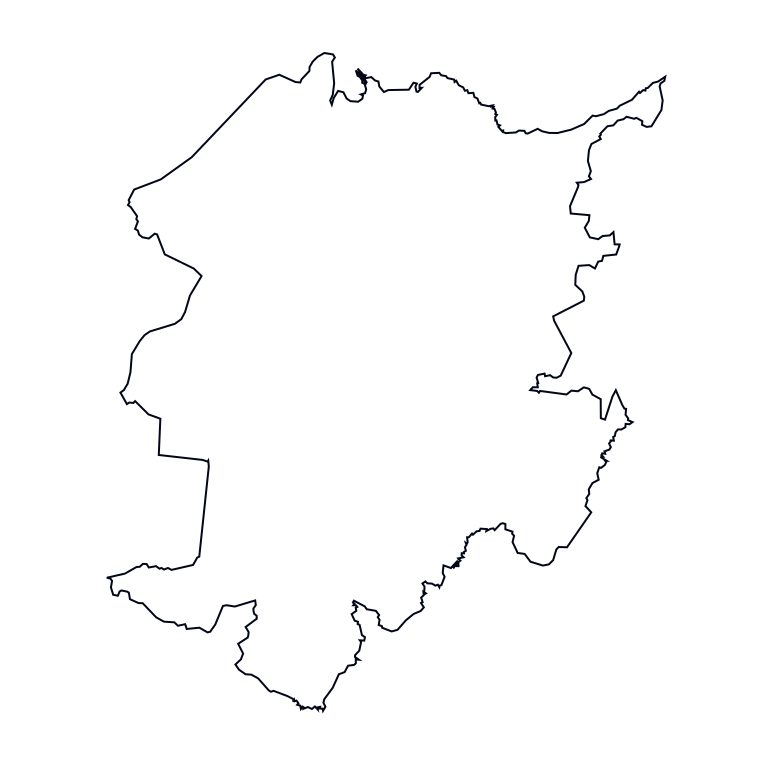 Mahates, Bolívar, Colombia, rotated 2°
{"feature_id": "7082276B15071329852388", "entity_name": "Mahates", "entity_type": "district", "adm_level": 2, "iso_a3": "COL", "parent_name": "Colombia", "parent_adm1": "Bolívar", "projection": "orthographic", "projection_center": [-75.154, 10.168], "detail": "fine", "context": "isolated", "style": "outline", "palette": "ink", "viewbox_px": 768, "rotation_deg": 2, "n_neighbors": 0, "source": "geoboundaries", "source_scale": "gbopen_adm2", "svg_char_len": 6079}
<svg xmlns="http://www.w3.org/2000/svg" viewBox="0 0 768 768"><g transform="rotate(2 384 384)"><path d="M113.7,587.3L117.4,588.0L119.1,590.3L118.2,596.8L120.7,604.1L125.4,604.9L127.0,600.6L128.9,599.5L134.7,600.5L136.3,601.5L137.6,607.9L146.3,611.5L150.5,611.5L164.4,625.1L172.4,629.2L182.8,629.5L186.5,632.8L193.7,631.0L195.4,635.7L208.0,634.0L216.3,638.4L218.9,637.7L223.8,630.2L230.8,611.4L234.5,610.6L242.7,611.6L262.8,604.8L263.6,609.4L261.3,613.0L261.5,615.2L262.2,618.1L264.8,620.0L265.0,623.0L254.2,631.7L257.4,636.7L257.1,640.4L256.6,642.2L247.3,648.7L252.6,658.3L250.6,664.2L245.3,669.5L249.1,674.6L255.8,678.9L261.6,679.1L268.5,682.6L279.7,694.4L281.8,695.5L284.3,694.5L298.2,699.2L304.5,702.1L304.3,704.7L305.3,702.8L305.7,704.2L307.6,703.5L309.6,706.0L308.4,707.6L311.5,708.3L312.3,711.6L313.8,709.2L315.1,710.0L314.8,711.4L319.2,709.5L323.3,711.3L326.2,708.7L329.0,711.5L328.5,709.6L331.4,708.9L330.9,710.6L334.0,710.6L334.5,712.7L336.7,708.6L334.6,704.6L335.2,701.3L343.4,689.3L349.0,675.7L354.7,673.3L357.9,666.8L363.9,665.8L365.6,664.1L365.4,660.2L368.5,660.4L364.5,657.8L364.6,655.9L368.6,651.4L370.1,642.7L368.8,641.0L373.2,641.1L373.8,637.7L370.7,635.7L368.0,625.5L366.1,624.9L366.3,622.5L363.0,621.6L359.7,615.1L364.2,611.7L363.6,608.5L365.1,607.7L363.6,606.1L361.1,606.2L362.2,604.7L360.6,603.4L361.5,601.6L372.5,606.9L374.6,609.7L383.8,611.0L387.2,615.1L385.9,617.2L387.8,619.9L387.1,625.0L390.4,626.1L390.7,627.7L400.3,631.0L406.1,629.2L414.1,619.4L421.6,612.8L428.7,609.5L431.6,605.8L428.6,601.6L430.2,600.7L428.6,596.2L431.1,593.6L430.7,590.9L432.2,592.4L433.2,591.8L431.4,590.7L431.6,585.2L429.4,582.0L432.3,579.9L434.3,581.7L438.9,581.8L442.3,583.7L444.8,582.7L446.4,585.2L446.7,583.5L448.4,583.0L451.3,574.6L449.3,570.9L449.8,563.2L457.4,565.6L458.7,563.9L460.1,565.1L461.2,563.1L459.8,562.6L462.8,559.2L462.6,563.5L464.8,563.4L464.5,559.3L466.5,557.9L464.3,555.7L469.6,554.4L467.5,552.6L467.6,550.4L469.8,550.5L469.6,549.2L471.6,547.9L470.6,544.3L472.0,541.9L471.3,540.0L472.4,540.8L473.1,539.3L472.4,534.3L474.1,534.2L477.2,530.4L478.2,531.5L481.6,528.0L484.6,527.5L485.5,525.2L491.8,525.4L491.4,527.4L495.8,524.9L498.4,524.5L499.7,526.2L505.4,519.7L507.6,519.0L510.2,519.7L510.4,525.0L517.5,527.1L517.3,529.1L519.3,531.1L518.0,537.5L523.5,548.2L530.5,548.9L536.6,556.5L549.2,559.9L555.1,558.5L559.2,554.1L562.0,543.4L564.3,540.8L572.6,540.8L595.6,505.0L589.6,499.0L591.4,493.0L590.2,491.0L593.0,486.7L592.3,482.1L595.8,475.7L601.9,472.2L600.2,465.7L602.1,459.7L603.7,460.3L607.5,457.3L608.8,454.3L607.8,453.1L609.3,453.0L603.6,449.8L603.8,448.5L605.2,448.7L603.8,447.3L604.5,445.7L607.5,446.0L606.7,443.6L611.5,441.7L612.9,439.2L611.0,435.6L612.9,433.1L611.7,432.4L615.7,432.6L614.9,428.9L616.5,428.0L617.1,424.2L619.4,421.2L622.7,421.2L626.7,418.8L626.9,415.4L630.7,415.7L633.7,413.4L629.1,411.6L629.2,409.8L626.5,406.4L626.8,400.4L625.2,400.3L623.0,396.9L615.9,382.1L612.7,388.7L606.1,411.9L601.9,410.6L601.1,391.6L592.6,387.3L589.4,381.9L587.5,381.2L583.8,380.4L578.1,384.5L571.5,384.1L566.8,388.1L540.2,385.5L539.1,387.3L537.3,385.6L530.4,385.0L532.8,382.1L537.8,381.9L537.1,377.9L538.1,377.7L536.3,372.3L537.5,369.6L544.1,368.0L544.7,370.6L549.7,369.4L552.9,371.6L556.3,371.7L560.3,369.5L570.1,346.5L551.8,314.8L550.7,310.5L580.8,293.7L581.1,289.8L579.0,284.6L571.7,278.2L571.8,268.1L574.3,259.1L585.0,258.0L590.8,261.2L593.8,254.2L597.6,253.3L598.7,248.3L611.5,246.5L614.3,238.0L614.6,236.3L609.6,236.4L608.0,224.2L604.5,227.6L597.2,228.5L593.1,231.8L584.6,230.3L579.2,220.8L583.0,213.9L583.4,208.1L564.7,207.1L563.7,199.8L570.9,180.7L571.4,178.3L569.7,176.1L576.9,175.2L583.7,171.9L581.5,169.3L583.3,164.1L580.0,154.0L580.7,143.1L582.9,136.9L592.1,131.6L590.5,129.1L592.0,127.4L591.4,126.3L598.3,118.6L604.2,117.5L608.3,112.6L614.1,111.0L617.1,108.5L624.8,110.2L626.9,109.2L633.0,112.3L632.8,115.9L637.5,117.9L642.3,117.1L651.7,100.5L652.6,90.8L649.1,77.0L649.9,74.0L653.6,71.2L654.3,67.1L647.3,72.2L642.2,73.7L637.2,79.0L635.3,79.3L635.0,81.6L632.8,81.2L629.7,84.2L628.7,83.0L621.9,91.3L610.0,97.6L607.1,100.7L599.1,103.2L594.4,106.6L586.4,109.0L583.1,108.5L574.9,117.2L562.1,123.3L548.7,127.1L540.4,127.3L533.1,125.9L528.7,123.6L518.9,128.7L516.8,128.4L515.5,126.1L510.1,126.0L507.0,128.0L497.0,129.0L494.0,128.0L494.2,126.5L492.8,126.8L489.3,123.1L490.9,121.5L488.4,120.8L487.2,116.6L486.1,116.8L485.8,113.5L487.5,111.0L485.8,110.3L486.4,108.7L484.8,105.2L483.0,104.9L484.0,103.1L481.9,103.1L482.8,101.8L479.0,102.7L471.4,101.4L470.4,99.7L469.4,100.2L467.4,95.4L464.4,94.1L463.1,89.9L458.2,90.4L457.0,87.5L454.6,88.1L452.8,84.8L448.3,82.8L445.6,78.4L444.0,79.7L443.5,77.3L436.8,76.1L435.2,74.1L430.5,73.5L428.3,71.1L420.2,71.8L418.9,75.5L409.1,83.8L409.2,86.9L411.4,86.7L407.7,90.9L406.3,90.7L405.0,86.0L406.3,82.6L403.0,81.9L398.6,89.0L378.0,90.1L373.7,92.2L368.9,86.8L367.9,81.9L364.5,81.0L360.6,77.7L355.1,79.0L353.8,77.5L354.9,76.2L352.6,75.7L346.6,69.7L356.1,83.0L355.2,84.7L352.3,79.2L344.9,71.6L346.9,76.9L349.2,78.0L351.7,81.4L351.7,83.6L354.2,84.9L355.9,90.1L355.0,94.0L350.8,95.4L352.9,96.4L352.4,99.7L348.3,102.8L340.5,102.5L336.6,99.9L333.3,93.9L327.9,92.7L323.7,100.1L322.1,106.7L320.3,102.6L322.7,96.7L323.7,85.2L320.9,63.8L323.5,59.4L321.5,56.4L312.8,55.3L306.1,59.4L301.5,64.3L298.6,69.7L298.5,73.8L290.9,82.5L289.8,85.6L285.0,85.3L268.6,78.6L255.1,83.8L184.0,164.0L153.8,187.3L127.5,198.4L122.4,209.2L123.4,211.1L121.9,214.2L124.6,215.9L131.4,224.9L130.7,227.8L132.4,230.1L129.8,237.7L132.6,239.2L134.0,243.2L137.4,245.8L143.9,246.8L149.6,241.8L152.0,242.4L160.4,262.1L189.8,275.2L197.9,282.5L187.0,302.3L182.7,318.9L179.2,326.2L173.0,331.1L148.3,339.6L143.0,343.5L138.4,349.6L131.0,362.9L130.2,381.0L127.8,392.7L124.2,399.2L120.9,401.8L127.8,413.1L130.1,411.4L134.1,411.7L135.9,409.8L149.7,422.6L161.7,426.5L161.4,462.8L205.3,466.2L210.4,467.7L211.0,466.7L211.8,472.5L205.4,563.0L203.5,563.9L199.5,571.5L178.1,577.2L174.5,575.4L170.7,577.1L168.0,575.6L166.1,576.4L162.5,574.0L155.4,575.6L153.0,572.2L149.3,572.2L146.3,575.2L143.1,575.5L131.8,582.5L113.7,587.3Z" fill="none" stroke="#020617" stroke-width="2"/></g></svg>